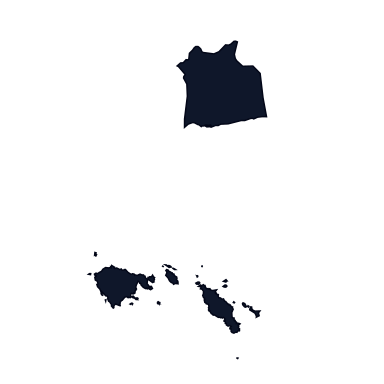 the district of Al Khukhah, Al Hudaydah, Yemen, rotated 280°
{"feature_id": "15242507B44327302396722", "entity_name": "Al Khukhah", "entity_type": "district", "adm_level": 2, "iso_a3": "YEM", "parent_name": "Yemen", "parent_adm1": "Al Hudaydah", "projection": "orthographic", "projection_center": [42.797, 13.833], "detail": "fine", "context": "isolated", "style": "filled", "palette": "ink", "viewbox_px": 384, "rotation_deg": 280, "n_neighbors": 0, "source": "geoboundaries", "source_scale": "gbopen_adm2", "svg_char_len": 5892}
<svg xmlns="http://www.w3.org/2000/svg" viewBox="0 0 384 384"><g transform="rotate(280 192 192)"><path d="M342.7,199.5L334.8,194.2L331.8,189.6L331.3,178.8L331.8,177.4L334.3,175.8L335.6,174.0L336.3,172.6L335.9,170.5L334.5,169.2L331.7,167.9L328.2,165.4L322.1,165.8L321.4,164.9L321.3,163.2L317.7,160.9L317.1,158.3L313.6,155.5L313.2,156.9L306.5,165.0L304.4,163.9L302.8,163.9L297.4,168.2L285.5,170.8L262.6,172.0L254.4,173.4L258.2,176.5L260.4,180.3L260.7,182.1L259.4,186.2L259.5,187.1L258.0,189.8L259.0,190.8L259.1,192.2L260.5,194.3L260.4,196.4L261.2,198.6L260.8,199.2L259.9,198.8L260.4,196.7L259.2,196.2L259.8,194.0L259.2,194.3L259.5,193.2L258.7,195.3L259.4,198.1L259.2,199.6L261.7,203.7L262.0,206.2L263.8,208.5L265.4,215.7L270.9,227.9L271.6,231.6L274.6,236.9L275.1,238.7L274.7,240.1L277.1,243.6L278.4,248.0L279.1,252.3L297.0,245.6L320.6,238.5L326.6,230.1L324.6,220.1L329.0,213.2L331.0,211.4L334.9,209.8L347.7,210.6L348.1,208.9L347.7,207.2L344.3,204.5L343.0,202.6L342.7,199.5ZM95.4,111.5L94.2,110.2L93.4,110.5L92.9,112.0L92.3,112.1L91.2,111.1L88.5,112.1L87.7,114.2L85.8,115.2L84.1,115.1L84.2,114.5L83.2,115.0L82.3,115.5L80.3,118.2L77.8,119.8L76.0,120.2L74.9,121.2L74.6,122.6L75.3,121.1L78.0,120.7L74.7,125.2L74.9,126.3L73.7,127.5L72.1,127.6L70.0,128.8L69.5,130.0L66.9,132.5L65.8,132.4L64.0,134.6L64.5,135.1L66.5,134.8L68.4,136.1L67.5,140.9L68.0,141.0L68.8,140.1L69.4,140.6L70.8,140.4L72.7,141.2L73.3,142.1L76.8,144.1L77.6,145.9L76.8,147.4L77.4,147.7L77.2,149.5L78.4,150.8L78.5,149.7L81.1,149.4L81.8,149.8L81.3,151.6L82.5,152.0L82.0,152.7L82.5,153.3L85.1,153.2L86.1,154.1L86.7,153.3L87.3,153.9L88.4,153.1L90.7,153.3L94.8,154.4L93.9,156.2L93.1,156.3L92.7,157.6L91.6,158.0L89.7,160.5L88.8,163.0L89.2,163.5L88.9,164.5L89.6,164.4L89.7,164.8L88.6,168.2L90.1,169.8L92.0,168.4L91.9,167.8L91.2,167.6L91.5,166.9L90.6,167.0L90.5,166.2L92.5,165.4L93.9,163.7L97.0,163.5L98.1,163.9L98.1,164.6L96.0,168.9L96.9,170.2L97.3,169.7L99.4,170.2L100.5,169.5L101.2,170.0L101.8,168.8L103.3,167.6L101.4,166.8L101.2,165.0L100.4,164.3L100.2,163.5L98.8,163.8L98.4,162.9L99.4,161.0L100.8,160.4L100.6,160.0L101.9,158.6L101.6,157.1L102.1,155.1L100.3,152.5L100.5,150.2L100.2,150.0L101.0,149.5L101.2,147.7L100.3,146.3L101.8,142.8L104.1,139.9L103.9,138.8L103.4,138.6L102.9,137.4L103.2,136.3L103.9,135.7L103.1,134.4L104.1,131.0L103.2,129.3L103.8,128.3L104.5,128.7L105.7,125.6L103.5,125.5L103.9,124.9L103.3,125.0L103.0,123.4L102.3,122.8L102.7,122.3L102.6,120.0L100.4,117.6L98.4,116.8L97.2,115.5L96.8,114.7L95.3,113.5L95.4,111.5ZM101.9,216.5L100.2,214.8L100.2,217.7L98.1,217.1L98.0,218.8L96.2,220.6L93.6,220.9L92.0,220.5L90.2,221.6L89.7,222.8L89.2,222.6L88.3,223.2L87.8,222.8L85.5,223.8L85.2,224.8L84.4,225.4L84.2,227.7L82.2,228.6L80.8,228.3L80.0,229.0L78.7,228.7L78.0,229.3L78.1,229.9L77.7,229.8L77.6,230.4L75.6,232.1L75.0,233.8L74.4,234.2L74.8,235.5L73.1,239.7L73.5,240.8L73.1,241.9L73.6,242.9L73.1,243.7L74.0,244.8L73.7,245.4L72.6,246.6L71.0,246.0L70.8,246.7L70.3,246.4L70.3,247.3L68.4,247.6L68.4,248.6L67.1,248.9L66.2,250.8L67.0,252.6L66.4,254.0L65.2,253.1L64.0,253.0L63.7,253.2L63.8,254.3L61.4,254.8L60.6,255.9L60.3,257.8L61.6,259.4L61.6,260.6L63.2,261.3L63.5,262.8L64.4,262.8L64.8,262.2L65.5,262.5L66.3,261.1L67.7,261.4L68.9,260.4L70.0,261.0L69.7,261.6L70.5,262.2L70.7,261.5L70.2,261.1L70.9,260.0L70.2,258.5L71.5,258.4L72.0,257.4L73.0,256.7L72.7,256.1L73.1,255.8L75.2,255.3L75.0,254.4L75.9,253.1L80.2,252.1L83.7,252.9L85.0,251.9L85.8,251.9L85.9,250.6L87.4,249.3L87.2,248.1L88.0,247.7L87.9,246.7L90.1,244.1L90.1,243.1L92.2,241.6L91.6,239.9L92.6,238.6L92.5,236.8L94.1,235.7L95.3,235.9L95.6,235.6L95.5,234.2L96.7,233.4L96.2,232.8L97.7,232.2L99.9,233.2L98.5,229.3L98.6,227.7L99.7,226.6L99.3,226.3L99.7,225.9L99.2,225.3L99.7,224.6L99.2,223.2L100.3,222.1L100.5,221.3L101.1,221.6L102.2,221.0L102.0,220.2L102.7,219.3L101.3,217.6L101.9,216.5ZM111.2,180.4L110.0,179.9L109.3,180.9L108.0,181.3L105.4,180.6L103.1,183.5L100.6,185.3L99.3,187.2L99.0,188.9L97.9,189.9L99.0,191.3L99.2,194.2L100.3,193.8L100.6,193.2L100.9,193.8L101.5,193.5L101.4,193.9L103.1,191.8L104.1,192.2L105.6,191.7L106.6,189.2L108.1,188.4L108.0,186.9L108.9,186.6L108.8,185.7L109.5,184.9L109.8,183.2L111.0,182.0L111.2,180.4ZM89.0,269.7L86.4,269.2L85.9,269.4L83.7,274.9L82.0,276.4L81.2,276.6L80.9,277.3L80.0,277.2L81.8,279.6L84.5,278.4L86.6,279.5L85.6,274.8L86.1,272.6L86.6,272.1L86.3,271.9L87.0,271.2L89.1,270.7L89.0,269.7ZM90.8,261.1L89.7,261.6L88.0,263.7L87.9,265.0L88.7,265.4L91.3,263.3L91.7,261.5L90.8,261.1ZM102.9,211.6L102.1,212.4L102.3,214.4L103.2,215.3L104.1,215.3L104.5,214.6L104.3,213.4L102.9,211.6ZM105.4,242.7L106.1,242.0L106.2,240.7L104.4,239.0L104.0,240.2L104.2,241.9L105.4,242.7ZM79.1,151.7L78.2,151.6L77.7,151.9L77.4,154.1L76.4,155.5L76.6,156.9L77.3,155.9L78.0,156.2L77.5,157.8L78.2,156.7L77.6,154.3L79.3,152.3L79.1,151.7ZM111.6,240.7L109.5,238.5L109.2,241.0L110.3,241.4L110.5,242.0L111.6,240.7ZM115.2,183.7L115.6,182.0L115.0,180.7L115.7,179.4L115.6,178.5L113.7,182.6L114.4,183.9L114.1,185.0L115.2,183.7ZM94.0,106.4L93.8,105.2L93.0,104.4L93.0,106.4L94.0,106.4ZM70.9,150.5L70.5,151.9L70.9,151.4L71.5,151.7L71.9,152.5L71.3,152.9L71.8,153.0L72.1,152.4L72.0,151.7L70.9,150.5ZM77.4,177.2L76.3,177.4L75.9,178.1L76.1,178.8L76.4,177.7L77.9,178.2L78.1,177.7L77.4,177.2ZM89.3,267.9L89.7,266.9L88.9,266.7L88.5,267.6L89.3,267.9ZM115.6,106.9L113.9,107.0L115.1,107.7L115.3,108.8L115.6,106.9ZM113.6,108.1L112.5,107.8L112.3,108.4L113.6,108.8L113.6,108.1ZM90.6,253.1L91.1,252.2L90.3,251.9L90.1,252.8L90.6,253.1ZM112.8,189.1L113.3,187.9L113.8,185.8L112.6,188.2L112.8,189.1ZM110.2,211.3L109.2,211.9L109.5,212.2L110.1,211.6L109.9,212.7L110.5,211.9L110.2,211.3ZM69.7,125.9L70.9,125.9L70.6,125.4L69.7,125.9ZM36.4,266.1L36.4,265.2L36.1,265.2L35.9,265.9L36.4,266.1ZM121.5,214.5L120.8,214.7L119.7,214.6L120.6,215.0L121.5,214.5ZM113.7,176.6L114.1,175.3L113.3,177.1L113.7,176.6ZM77.4,179.6L77.9,179.1L76.8,179.5L77.4,179.6Z" fill="#0f172a" stroke="#020617" stroke-width="1.5"/></g></svg>